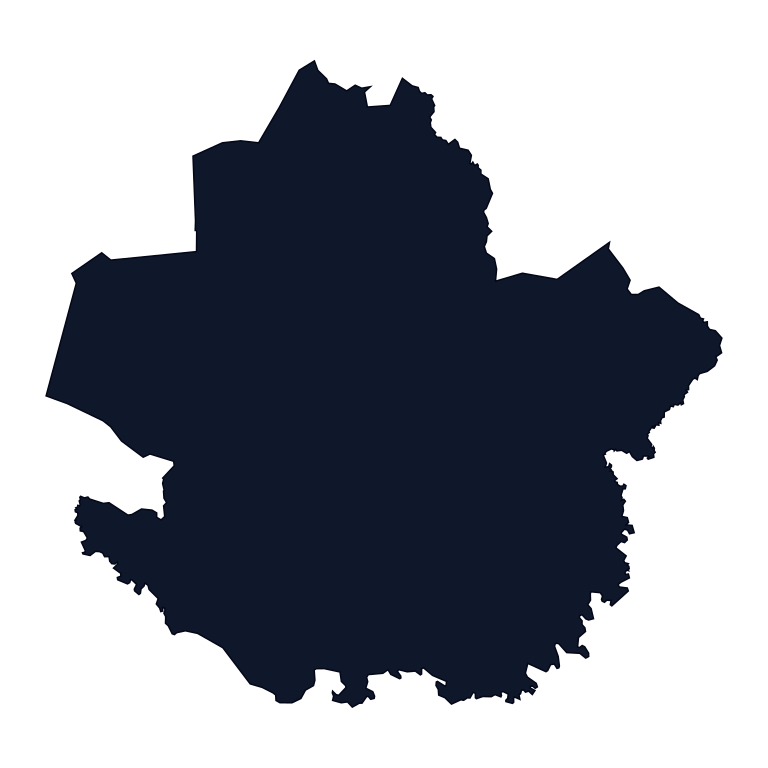 the district of Ķepovas pag., Dagdas, Latvia
{"feature_id": "27541924B57766741495860", "entity_name": "Ķepovas pag.", "entity_type": "district", "adm_level": 2, "iso_a3": "LVA", "parent_name": "Latvia", "parent_adm1": "Dagdas", "projection": "mercator", "projection_center": [27.779, 56.018], "detail": "fine", "context": "isolated", "style": "filled", "palette": "ink", "viewbox_px": 768, "rotation_deg": 0, "n_neighbors": 0, "source": "geoboundaries", "source_scale": "gbopen_adm2", "svg_char_len": 6071}
<svg xmlns="http://www.w3.org/2000/svg" viewBox="0 0 768 768"><path d="M80.3,530.9L83.6,531.6L87.4,538.0L85.9,540.4L81.4,542.1L85.3,550.6L84.7,552.3L82.5,552.7L82.9,553.9L90.1,555.5L95.4,551.4L99.4,551.6L102.7,553.0L104.6,556.7L109.0,556.6L109.7,561.2L111.8,563.7L114.9,564.0L117.2,562.0L117.7,564.1L113.5,568.1L120.8,573.4L120.8,576.2L117.3,577.5L117.7,579.8L127.5,583.9L129.7,582.6L130.6,579.6L132.0,580.0L136.6,584.4L134.3,589.1L134.6,590.9L138.9,594.5L140.4,593.4L141.0,589.0L144.0,586.1L144.9,583.1L148.0,585.3L149.1,589.5L158.2,598.6L156.3,604.0L159.7,608.1L160.8,611.6L162.7,611.1L162.8,607.5L164.7,608.2L165.0,610.4L163.9,613.2L165.7,616.6L165.5,623.3L168.2,625.7L172.2,633.8L174.5,634.6L176.6,632.7L185.4,630.8L197.6,633.4L222.8,647.7L250.2,683.9L262.2,687.4L272.9,692.8L275.7,695.0L276.0,700.5L279.9,702.7L292.0,702.8L300.9,698.5L305.5,690.1L313.5,685.6L314.9,680.2L314.2,670.0L316.1,668.7L324.2,668.6L340.0,672.0L341.4,681.5L345.6,685.6L346.0,687.5L338.7,695.3L336.1,694.6L332.6,691.1L332.3,693.0L333.6,696.1L332.6,700.4L341.3,702.8L347.5,701.9L352.3,707.1L359.3,703.2L362.0,703.2L366.7,696.5L368.3,696.4L370.7,699.3L374.2,698.4L374.6,696.2L372.8,691.7L365.8,688.2L367.7,681.7L366.6,677.3L368.3,674.6L382.9,673.3L388.0,669.7L390.8,674.4L399.7,678.7L400.9,678.0L400.7,675.9L397.4,671.4L398.8,669.7L407.2,671.8L415.3,671.1L420.4,674.9L421.6,674.0L421.6,668.6L423.6,667.9L432.5,675.4L446.5,681.4L446.1,685.2L445.1,686.2L437.5,681.4L436.3,682.0L436.0,685.5L438.3,689.5L438.7,695.1L444.9,697.7L451.5,704.1L460.8,699.8L463.7,700.3L467.3,697.8L470.0,698.0L473.1,692.4L475.3,693.2L475.4,697.8L476.4,698.7L482.8,696.5L491.3,696.7L495.0,694.6L500.9,696.9L501.5,695.5L500.8,692.2L503.2,691.6L508.2,694.1L507.7,698.3L505.8,700.3L505.9,701.6L512.5,703.4L513.7,702.3L513.6,698.3L514.4,697.0L519.9,699.4L519.0,694.9L520.6,693.7L521.5,690.2L523.6,690.0L525.5,692.2L528.6,691.1L532.3,694.5L535.0,690.5L530.3,688.0L530.3,686.5L532.4,686.0L535.2,688.3L537.4,686.9L536.2,683.3L527.4,677.1L525.4,673.2L527.8,663.4L546.0,671.7L547.7,670.6L550.6,664.6L554.3,664.1L557.0,668.4L558.9,667.8L559.4,665.9L558.2,656.4L554.6,646.5L555.0,644.2L556.4,643.2L558.8,643.7L566.7,652.6L579.8,653.3L585.7,658.1L588.7,656.5L588.6,653.1L584.7,646.8L582.2,645.5L579.5,647.6L577.6,646.9L578.5,637.5L585.5,631.5L584.9,627.8L582.0,624.5L582.1,620.8L579.4,617.7L579.8,615.5L582.1,614.8L585.8,618.9L588.6,620.0L593.5,618.7L591.1,608.6L587.7,604.7L590.5,600.2L590.3,593.6L591.1,591.8L600.3,592.7L602.5,596.0L601.5,599.5L602.2,601.2L604.5,602.3L606.8,600.2L611.1,600.5L610.3,604.7L611.8,605.9L628.3,591.0L627.3,588.0L619.4,587.0L618.5,585.5L618.4,584.2L621.2,582.1L629.4,577.9L628.4,574.0L625.6,574.4L624.9,572.8L626.6,570.2L628.6,570.7L627.9,569.4L629.2,568.8L628.8,566.3L627.3,565.2L628.4,563.7L624.7,562.7L623.7,560.5L626.2,555.9L615.9,547.8L616.9,545.4L621.0,541.5L624.6,542.6L627.3,540.0L626.8,537.2L621.3,534.1L621.3,532.7L624.5,529.1L627.6,530.2L629.5,533.8L634.2,532.7L632.1,525.4L625.9,524.9L628.6,522.4L627.3,517.6L621.8,516.4L623.5,510.7L622.8,505.0L625.4,501.2L623.8,499.3L621.3,500.4L622.1,497.7L621.0,495.5L623.0,488.9L625.3,488.8L626.0,485.6L623.9,484.2L622.7,486.2L620.0,486.1L617.4,484.4L617.3,482.4L615.1,481.8L614.8,480.3L617.1,478.7L613.2,474.7L613.1,471.9L610.3,471.1L611.6,470.4L610.1,468.4L611.4,466.9L611.5,465.1L609.6,463.6L608.6,466.7L605.2,467.2L606.5,463.0L603.2,455.0L605.4,454.1L604.8,453.0L606.6,451.2L611.4,448.9L614.0,449.7L614.2,450.9L615.7,449.4L616.9,450.9L621.7,450.3L626.6,453.3L629.5,451.6L632.3,456.6L636.9,460.5L642.4,459.1L643.4,456.0L648.3,456.1L648.8,456.8L647.3,458.1L648.2,459.2L653.9,457.3L653.5,453.8L655.2,452.3L654.1,450.4L654.4,448.2L653.3,446.5L652.6,448.3L650.8,446.7L651.7,444.5L647.2,438.3L648.1,435.6L647.3,434.0L649.3,432.5L648.8,431.5L652.2,426.6L653.7,426.2L653.0,428.0L654.2,428.2L656.1,424.8L658.9,425.2L658.5,422.6L660.8,423.3L660.5,420.8L661.9,417.8L664.2,417.1L664.3,411.9L669.4,409.5L670.4,406.0L673.3,406.7L674.3,404.3L678.0,405.1L680.5,402.7L681.3,404.8L683.5,403.6L682.8,399.8L684.4,396.7L683.9,394.8L687.5,392.2L686.1,390.0L688.6,389.6L688.5,385.6L692.8,379.2L695.0,378.1L697.3,379.6L698.1,375.7L699.5,373.7L707.4,371.3L714.6,365.8L717.2,360.1L715.8,356.9L721.6,352.8L719.5,345.5L721.9,338.1L715.3,330.7L709.5,329.4L707.4,326.1L707.3,321.8L703.6,322.4L702.8,320.6L703.5,318.9L700.4,318.2L698.8,314.7L677.9,303.0L659.0,287.1L644.2,290.8L638.2,294.5L631.3,294.5L627.1,289.0L630.1,280.2L623.0,268.2L608.3,248.9L609.5,242.3L557.1,279.4L522.4,273.2L495.5,281.2L496.6,269.1L494.4,258.6L486.4,253.1L484.3,246.5L486.4,241.7L487.0,235.9L491.7,231.3L487.1,226.8L488.2,223.5L486.4,217.5L483.5,212.2L484.0,210.0L486.2,208.4L492.5,193.3L490.3,189.3L488.2,178.8L480.9,174.0L480.9,170.1L478.1,167.7L478.2,165.2L477.3,164.0L474.6,165.5L472.8,162.1L471.3,164.1L469.9,163.4L471.4,155.3L468.1,150.2L459.5,148.2L457.7,142.2L454.9,139.4L448.3,144.3L445.9,140.5L442.4,139.9L440.9,137.4L437.0,137.2L434.5,134.5L435.6,132.5L430.9,127.3L430.3,122.7L431.3,119.9L429.7,117.0L434.0,111.7L433.7,106.7L434.7,105.6L431.6,98.9L433.0,96.4L431.0,94.7L427.3,95.0L424.9,92.7L421.6,93.4L419.4,91.2L418.2,87.5L412.1,85.8L402.4,78.3L390.2,105.4L367.4,107.0L364.5,92.0L370.4,86.7L361.7,88.2L355.2,85.2L346.7,90.9L335.0,84.0L328.5,83.3L326.6,78.9L317.8,70.3L314.4,60.9L299.2,70.2L279.4,107.2L258.6,142.8L240.7,140.8L222.4,142.8L193.0,156.1L195.5,220.9L195.2,230.5L196.7,230.6L196.5,251.6L110.8,260.1L101.7,252.8L71.8,273.5L76.3,283.2L46.1,395.9L67.3,403.6L103.1,420.8L110.7,426.8L121.5,441.0L143.2,457.2L150.0,454.0L173.7,461.3L174.2,465.8L162.7,478.1L163.7,479.1L162.6,483.4L164.2,490.3L163.5,491.0L164.0,498.3L166.6,502.6L163.6,505.8L164.7,516.5L161.1,519.9L156.7,517.3L156.7,512.9L152.0,510.1L141.5,509.0L131.9,514.5L127.9,515.1L109.0,502.7L103.3,503.4L89.6,499.0L87.9,497.0L84.4,497.9L80.6,496.3L79.8,497.3L80.5,499.5L79.2,500.9L80.2,504.5L79.6,505.8L77.8,505.3L77.4,507.3L75.8,507.8L76.7,509.1L75.1,509.7L75.4,511.8L77.7,512.7L77.9,515.4L74.9,520.3L75.8,520.7L75.1,521.9L75.7,523.4L81.6,526.6L80.1,528.1L80.3,530.9Z" fill="#0f172a" stroke="#020617" stroke-width="1.5"/></svg>